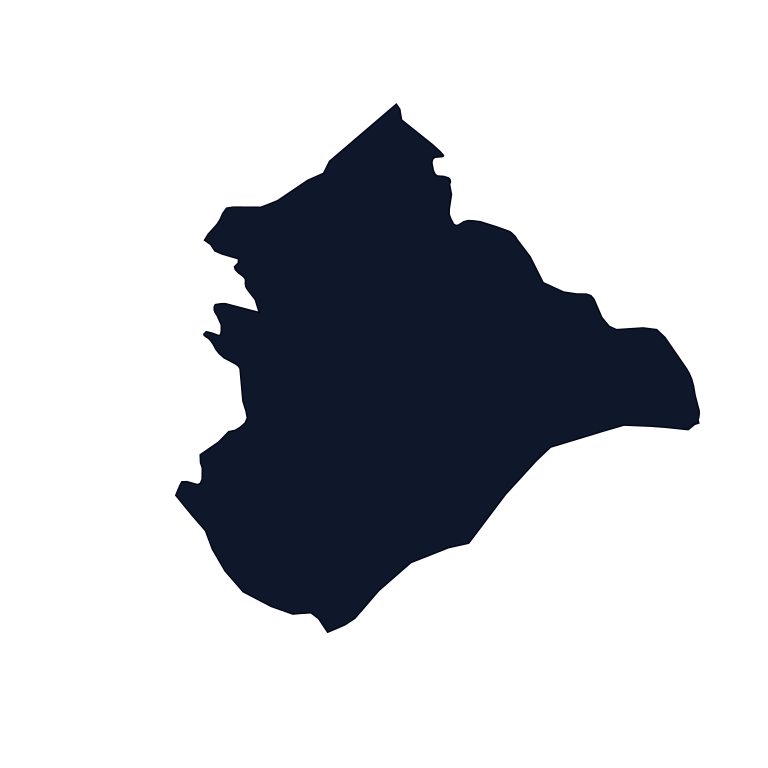 SVG path tracing the border of Mayabeque, rotated 319°
{"feature_id": "CUB-5489", "entity_name": "Mayabeque", "entity_type": "Province", "adm_level": 1, "iso_a3": "CUB", "parent_name": "Cuba", "parent_adm1": "", "projection": "equal_earth", "projection_center": [-81.981, 22.888], "detail": "fine", "context": "isolated", "style": "filled", "palette": "ink", "viewbox_px": 768, "rotation_deg": 319, "n_neighbors": 0, "source": "natural_earth", "source_scale": "10m", "svg_char_len": 2091}
<svg xmlns="http://www.w3.org/2000/svg" viewBox="0 0 768 768"><g transform="rotate(319 384 384)"><path d="M342.9,157.7L349.5,155.6L362.6,154.0L368.3,152.3L374.4,149.4L380.5,148.0L386.0,151.4L407.1,169.9L423.8,175.8L459.9,180.2L476.6,185.3L489.1,180.2L576.9,180.9L576.2,187.0L570.5,196.2L577.7,235.7L578.8,245.3L578.9,250.5L578.0,250.9L576.5,250.2L571.1,246.2L568.2,246.3L565.3,248.4L561.3,255.3L560.2,259.0L560.6,261.8L565.4,266.7L567.9,270.8L568.0,272.9L566.7,275.1L564.5,276.3L559.2,285.3L547.8,295.0L544.7,298.5L544.4,299.0L543.8,300.5L542.8,303.3L541.4,309.1L542.3,311.5L544.3,312.9L550.5,313.8L554.6,315.8L558.7,319.7L563.2,324.8L572.3,339.6L578.9,351.5L579.4,353.9L579.8,359.0L579.2,362.1L577.8,383.7L570.6,411.9L579.8,432.3L588.4,442.4L595.7,448.9L598.1,453.0L598.1,457.7L592.0,476.8L591.8,488.3L595.1,495.5L616.4,511.7L625.5,521.9L626.6,533.1L622.3,571.3L621.2,576.6L619.4,582.2L616.2,588.8L611.4,596.6L604.2,611.1L602.3,613.3L599.8,615.6L597.9,616.7L597.4,617.2L596.8,618.4L596.0,620.0L592.0,618.3L583.6,618.0L568.2,601.5L557.6,590.8L538.1,572.4L518.3,563.3L468.2,540.9L448.5,541.8L403.4,547.0L343.5,559.7L325.4,549.9L287.1,536.4L244.3,536.5L220.5,540.0L208.2,541.7L196.5,540.1L178.6,534.4L180.7,518.3L178.8,508.8L171.4,503.0L164.3,497.9L152.9,477.8L141.4,448.5L141.4,420.8L146.1,396.1L153.0,377.6L153.0,357.6L153.8,331.4L163.0,326.8L167.3,325.2L171.2,328.4L177.3,337.7L180.4,338.5L184.3,336.5L191.7,328.3L193.9,323.0L198.9,316.8L221.0,319.3L235.5,318.1L241.4,321.4L247.0,322.3L253.7,322.3L258.6,319.9L262.0,314.1L266.3,304.3L285.4,278.0L285.9,275.2L285.2,271.6L280.5,259.5L279.6,252.9L279.8,248.1L281.2,241.7L281.6,237.9L281.5,234.3L280.6,231.4L280.2,229.3L280.8,228.2L284.1,227.9L287.2,232.1L291.2,239.2L293.1,239.6L296.4,236.8L300.0,232.6L302.9,223.1L303.5,219.1L304.5,216.6L306.4,214.4L308.7,213.4L313.7,216.5L317.0,219.3L336.7,248.2L342.2,235.8L342.9,223.1L343.6,219.7L345.0,217.5L348.0,214.3L348.5,211.1L347.0,204.3L346.8,200.1L348.1,197.4L353.4,197.1L356.3,194.1L346.9,179.4L343.7,172.6L344.7,165.0L342.9,157.7Z" fill="#0f172a" stroke="#020617" stroke-width="1.5"/></g></svg>